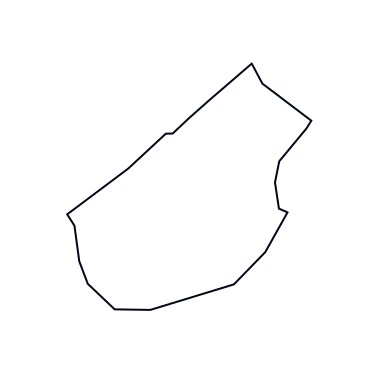 the district of Gwangjin-gu, Seoul, South Korea, rotated 32°
{"feature_id": "91817680B49246193334347", "entity_name": "Gwangjin-gu", "entity_type": "district", "adm_level": 2, "iso_a3": "KOR", "parent_name": "South Korea", "parent_adm1": "Seoul", "projection": "robinson", "projection_center": [127.088, 37.539], "detail": "fine", "context": "isolated", "style": "outline", "palette": "ink", "viewbox_px": 384, "rotation_deg": 32, "n_neighbors": 0, "source": "geoboundaries", "source_scale": "gbopen_adm2", "svg_char_len": 434}
<svg xmlns="http://www.w3.org/2000/svg" viewBox="0 0 384 384"><g transform="rotate(32 192 192)"><path d="M255.4,68.3L194.3,62.8L175.2,51.8L174.6,51.5L158.0,105.0L150.4,130.7L144.6,152.7L138.9,156.4L125.5,205.9L98.0,277.1L110.2,282.9L133.1,310.5L152.3,325.1L188.6,332.5L219.1,314.1L276.5,248.1L286.0,204.1L283.8,158.7L274.5,160.0L257.3,139.9L249.7,119.7L255.4,77.5L255.4,68.3Z" fill="none" stroke="#020617" stroke-width="2"/></g></svg>